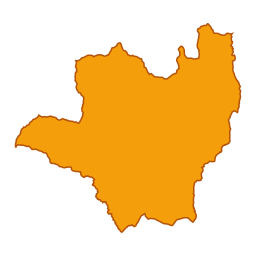 Tamara, Casanare, Colombia
{"feature_id": "7082276B51929752700594", "entity_name": "Tamara", "entity_type": "district", "adm_level": 2, "iso_a3": "COL", "parent_name": "Colombia", "parent_adm1": "Casanare", "projection": "robinson", "projection_center": [-72.226, 5.881], "detail": "fine", "context": "isolated", "style": "filled", "palette": "amber", "viewbox_px": 256, "rotation_deg": 0, "n_neighbors": 0, "source": "geoboundaries", "source_scale": "gbopen_adm2", "svg_char_len": 5773}
<svg xmlns="http://www.w3.org/2000/svg" viewBox="0 0 256 256"><path d="M38.9,115.1L37.3,117.6L36.2,118.1L34.9,119.1L34.4,119.0L33.3,119.5L32.5,120.1L32.1,120.9L29.9,122.6L29.8,123.2L29.4,123.4L29.1,124.6L26.8,125.4L25.2,127.3L23.6,127.1L23.0,128.2L21.4,129.5L21.1,131.1L20.5,132.4L20.5,133.6L19.3,135.6L18.4,136.0L16.2,140.0L16.3,141.3L15.7,143.2L15.4,146.6L15.9,147.1L16.5,145.9L17.5,144.9L23.7,145.3L24.8,145.8L25.8,145.8L26.7,146.5L29.3,146.3L32.1,149.5L36.0,149.2L39.1,150.7L41.0,151.1L43.9,152.8L45.9,152.9L47.1,154.5L47.7,156.3L49.4,158.6L49.9,159.6L50.1,162.1L50.6,162.9L52.2,163.4L54.7,163.6L55.5,164.1L57.5,164.7L59.8,166.7L61.9,166.9L63.2,167.6L64.3,167.8L68.0,167.0L70.8,167.1L71.2,167.6L71.6,169.6L72.4,170.6L76.3,171.6L78.0,171.4L79.4,172.0L80.5,171.9L80.9,172.5L80.8,174.5L81.7,175.9L83.8,177.3L84.4,177.4L85.3,176.3L87.3,176.2L87.8,175.8L89.6,177.0L91.7,177.1L92.4,177.6L94.5,179.6L93.3,180.7L93.9,183.1L93.1,183.6L93.1,184.3L92.5,184.6L92.6,185.1L93.4,185.5L93.7,185.3L95.3,187.0L96.1,188.6L97.2,189.2L97.6,189.9L97.4,191.3L98.0,191.8L97.7,192.8L96.3,194.1L96.5,195.0L95.8,196.2L96.0,197.1L96.4,197.2L97.6,199.2L98.3,199.1L98.4,199.6L98.9,199.8L100.1,199.7L101.1,201.4L102.9,201.7L103.0,202.5L103.7,201.8L104.5,202.1L105.4,201.7L105.9,202.0L105.5,202.6L106.1,203.0L106.8,204.6L107.8,205.7L108.0,207.1L107.6,208.7L109.0,209.8L109.0,210.2L107.8,211.1L107.6,212.5L108.9,214.1L109.3,213.4L110.5,213.8L111.5,213.7L111.2,214.7L111.8,215.3L111.6,216.1L113.3,218.6L113.0,219.7L113.2,220.1L114.0,220.3L114.9,221.1L115.0,222.5L115.7,223.0L115.3,223.7L116.1,224.2L116.5,225.7L117.2,225.7L117.5,226.0L117.9,228.1L118.8,228.7L119.0,229.5L120.0,230.0L120.2,230.8L121.0,231.7L121.8,232.2L122.6,231.6L126.4,227.4L127.4,226.9L128.1,225.8L128.8,225.5L129.8,225.8L132.1,224.8L132.5,225.5L133.6,226.0L134.3,226.6L135.7,225.8L137.2,222.9L137.8,222.6L138.0,221.7L138.6,221.0L138.6,220.3L139.3,219.6L140.6,216.7L141.4,215.7L142.6,215.2L143.4,214.3L145.0,213.7L145.3,216.0L148.3,219.2L149.9,218.4L154.4,218.8L163.8,223.6L167.7,224.1L171.5,225.6L172.6,225.3L176.5,220.1L177.3,219.6L181.4,218.6L183.9,217.7L187.9,217.8L190.8,220.6L192.8,222.1L193.2,222.0L194.1,220.9L194.3,220.0L195.7,218.7L196.3,215.8L195.8,213.9L194.3,211.3L195.1,210.9L194.4,209.6L194.2,208.4L193.8,208.4L193.8,207.3L193.5,207.3L193.1,205.6L193.7,202.5L193.4,201.1L193.6,197.3L194.2,195.5L194.1,194.5L193.2,193.8L193.9,192.2L193.7,189.0L193.9,188.2L193.6,186.8L194.3,184.8L194.4,183.2L195.2,182.0L196.0,181.7L197.3,180.3L199.0,180.7L200.8,180.3L201.1,179.8L201.4,178.6L202.1,177.9L201.5,176.5L201.3,174.1L201.5,172.7L202.8,171.5L203.0,169.6L202.7,168.2L201.9,167.4L204.2,166.5L203.9,165.7L204.1,164.4L205.0,163.8L207.5,163.2L209.8,161.2L211.7,161.7L214.6,161.4L215.2,157.8L216.2,155.2L216.7,155.1L217.6,153.9L219.0,153.4L219.7,152.1L220.8,152.3L221.6,151.1L221.8,150.5L221.4,148.6L222.7,145.8L223.4,145.7L224.4,144.9L225.2,145.2L225.6,144.5L226.8,144.4L228.2,143.4L228.8,143.4L229.2,142.1L230.0,141.5L229.7,139.3L229.9,135.2L229.7,133.5L229.8,131.3L230.4,129.6L230.5,128.4L229.8,127.1L229.3,122.9L228.4,119.9L230.1,117.4L230.5,115.4L231.3,114.3L232.1,112.1L234.0,110.9L235.5,111.3L237.4,112.5L237.8,111.5L237.9,109.2L238.9,107.3L239.1,105.8L238.9,104.2L239.4,103.4L239.3,100.9L239.9,99.6L240.5,96.1L240.0,94.5L240.1,93.4L240.6,90.8L239.4,89.1L239.5,87.9L240.3,86.5L239.3,84.7L238.6,82.4L235.7,78.5L235.6,77.6L234.7,76.1L234.2,73.7L233.2,71.9L232.7,69.5L233.1,68.2L232.5,61.5L233.3,60.6L234.4,60.5L234.8,60.1L235.2,57.4L234.4,55.1L232.9,55.6L231.8,55.0L233.4,51.7L232.4,50.4L233.3,49.1L233.1,48.6L232.2,48.2L232.6,47.3L232.4,46.8L230.8,45.9L232.4,42.8L232.4,41.7L231.7,41.3L231.3,38.6L231.4,37.2L231.9,36.8L231.1,35.1L232.2,33.6L231.0,34.0L227.3,33.2L226.2,33.8L225.6,34.7L224.7,35.1L223.0,35.2L220.9,34.7L217.8,33.4L214.0,33.2L213.3,32.1L212.9,30.0L211.5,28.8L210.8,27.0L208.2,23.9L207.4,23.8L206.4,25.3L206.0,25.5L204.4,25.4L200.9,26.6L200.2,27.7L197.7,29.1L197.5,30.4L197.6,31.3L199.1,33.5L199.2,34.2L198.1,40.6L197.3,44.0L197.2,45.9L197.5,47.7L198.8,49.8L199.3,54.6L198.7,58.3L194.0,59.1L191.9,58.3L190.4,58.1L188.4,58.4L186.8,57.9L184.9,55.4L184.4,54.3L184.2,50.1L183.5,48.0L182.3,46.7L181.3,46.2L180.8,46.3L178.6,48.6L178.4,49.6L179.7,51.8L179.9,55.1L178.8,56.6L177.4,57.7L176.7,59.7L176.9,61.3L177.9,62.9L178.0,63.8L178.5,64.7L178.9,66.5L178.9,68.7L177.8,69.4L176.9,70.5L176.3,73.2L172.8,74.4L166.9,79.0L163.8,78.7L162.9,77.6L161.5,77.2L160.0,77.4L154.5,76.7L151.2,73.6L149.5,74.5L148.8,73.3L147.8,72.3L146.0,67.9L144.2,67.1L143.9,63.2L143.5,62.5L142.3,61.6L141.5,58.8L139.5,58.5L139.1,58.0L136.6,56.6L133.2,56.0L132.7,55.3L131.3,55.8L129.9,55.8L129.3,55.2L127.8,54.8L126.9,52.5L126.2,51.7L125.0,50.7L123.7,50.5L123.0,49.8L121.6,46.2L121.3,44.8L120.3,43.0L119.9,42.8L118.0,43.4L117.4,44.1L116.6,45.8L114.0,47.6L112.0,47.9L110.9,50.9L110.4,51.3L108.5,55.0L107.6,54.9L105.2,56.2L104.0,56.0L101.5,54.9L98.1,54.8L94.7,56.1L94.0,56.8L93.1,56.5L92.7,55.6L92.0,55.4L88.0,55.2L83.6,57.5L82.0,57.8L79.9,59.8L77.2,61.0L75.0,60.4L76.2,61.1L76.5,62.3L75.5,66.7L76.5,68.4L76.7,72.0L75.9,72.1L75.3,73.2L75.4,74.8L75.0,77.0L75.4,78.8L75.1,80.4L77.1,83.6L76.1,87.4L77.0,89.9L78.3,91.5L78.4,92.6L80.5,93.1L81.5,95.4L82.3,95.7L83.8,97.6L83.6,100.7L83.2,101.4L83.6,103.2L82.9,104.1L82.7,106.5L82.0,107.3L81.8,108.7L82.1,111.2L83.1,112.3L82.8,114.4L82.4,116.7L81.8,117.5L81.2,119.4L80.4,120.5L79.9,121.8L78.9,122.7L78.9,123.1L78.3,123.2L77.0,122.7L76.5,122.1L74.0,122.1L72.8,121.4L68.9,121.0L68.2,120.4L67.0,120.5L66.4,119.8L65.2,119.8L63.8,119.0L62.2,118.8L60.2,120.0L59.1,120.1L57.0,119.1L56.3,118.0L54.7,117.2L52.7,117.0L52.1,116.5L51.6,116.6L50.6,116.1L48.6,116.7L48.0,116.5L47.5,116.9L46.3,117.1L45.3,116.6L44.0,116.7L42.5,117.3L41.9,116.7L39.8,115.9L38.9,115.1Z" fill="#f59e0b" stroke="#b45309" stroke-width="1.5"/></svg>